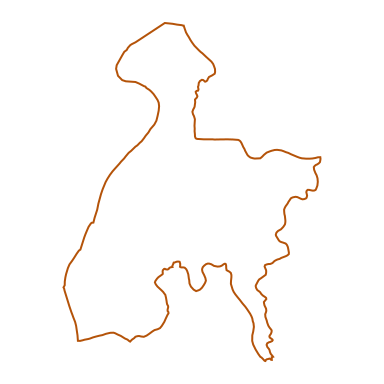 the district of Khsach Kandal, Kândal, Cambodia
{"feature_id": "14789045B32248598745823", "entity_name": "Khsach Kandal", "entity_type": "district", "adm_level": 2, "iso_a3": "KHM", "parent_name": "Cambodia", "parent_adm1": "Kândal", "projection": "albers", "projection_center": [105.061, 11.705], "detail": "fine", "context": "isolated", "style": "outline", "palette": "amber", "viewbox_px": 384, "rotation_deg": 0, "n_neighbors": 0, "source": "geoboundaries", "source_scale": "gbopen_adm2", "svg_char_len": 6015}
<svg xmlns="http://www.w3.org/2000/svg" viewBox="0 0 384 384"><path d="M164.8,23.0L135.5,42.3L131.9,44.1L130.3,45.1L127.9,47.8L126.7,50.0L124.3,51.8L122.3,55.2L116.7,65.2L116.1,68.9L118.0,75.8L122.2,80.1L125.8,81.3L128.6,81.5L135.5,82.0L139.2,83.6L144.1,86.2L145.4,86.6L146.4,88.0L149.4,89.9L151.2,91.5L153.6,94.1L155.4,96.7L157.5,99.9L158.7,102.7L159.1,106.2L158.7,110.6L157.6,115.9L156.4,120.7L154.3,124.6L150.4,129.1L148.4,132.5L145.7,135.7L144.0,138.2L141.6,141.3L139.8,142.8L137.7,145.0L136.5,146.0L135.6,146.5L131.1,150.9L128.7,152.8L125.6,156.5L124.1,158.5L121.1,161.6L119.4,163.7L114.9,168.7L112.6,171.3L109.9,174.9L107.6,178.5L105.6,182.1L102.6,189.4L101.0,194.1L98.4,203.6L97.2,209.7L94.6,217.8L93.4,222.6L91.6,222.8L90.7,223.7L88.6,226.8L86.7,231.2L85.5,234.1L84.3,237.3L80.4,249.6L78.9,250.6L76.7,253.7L74.2,257.7L72.2,260.7L69.5,264.4L67.9,268.1L66.1,274.1L65.4,277.3L64.8,281.4L64.7,285.3L63.5,287.4L64.1,288.5L64.6,290.8L65.1,292.4L69.4,306.3L71.4,312.2L72.4,314.8L73.4,317.6L75.1,321.9L76.1,325.8L76.7,329.9L77.5,335.3L77.9,340.8L80.0,340.9L82.6,340.3L84.6,339.7L88.3,339.0L89.8,338.6L93.0,337.4L95.8,336.6L99.4,335.7L102.4,335.1L106.0,333.8L110.3,332.8L113.6,332.7L115.3,333.3L117.6,334.5L120.8,335.9L125.1,338.6L127.5,339.6L129.0,340.9L130.1,341.6L131.9,339.7L134.2,338.1L135.4,336.8L136.2,336.5L137.8,336.1L139.1,336.0L141.2,336.5L143.8,336.8L146.6,335.6L149.1,333.9L152.3,331.5L154.5,330.1L157.7,329.2L160.0,328.1L161.8,325.9L164.3,321.9L165.8,318.5L167.5,314.9L168.5,313.3L168.4,312.1L167.6,311.0L167.6,309.6L168.2,307.1L168.1,306.1L167.8,305.4L167.2,304.5L166.8,302.8L166.6,301.2L166.0,297.7L165.3,294.8L164.5,293.8L163.6,292.6L163.3,292.1L161.4,290.2L160.2,289.1L157.5,286.6L155.8,284.4L154.9,282.4L155.4,281.0L157.0,278.7L158.4,277.2L162.6,274.2L162.8,273.2L162.6,271.7L162.8,270.3L164.0,269.0L164.8,268.8L166.0,269.4L167.7,269.5L168.7,268.9L169.4,267.9L170.6,267.3L172.5,267.0L172.3,266.4L172.4,265.7L173.1,264.4L173.3,263.6L173.7,262.6L174.4,262.6L175.6,262.1L176.7,261.7L177.3,261.6L178.8,261.6L179.6,261.8L180.2,263.6L180.2,265.6L180.0,266.8L181.1,267.4L183.4,267.4L184.7,267.7L186.3,269.3L187.2,271.1L188.3,274.4L188.9,278.9L189.2,279.9L189.5,283.5L190.9,286.6L193.6,289.6L196.1,291.1L198.5,290.3L200.0,289.6L202.0,287.7L203.9,284.9L205.1,282.8L205.9,280.7L205.4,278.1L204.1,275.0L202.5,271.9L202.1,269.9L202.1,269.1L202.7,267.3L204.0,265.8L206.0,264.2L207.7,263.6L209.1,263.6L211.4,264.3L214.0,265.9L217.6,266.6L219.9,266.4L221.7,265.7L223.7,264.2L224.9,263.7L225.6,263.9L226.1,265.2L226.2,266.9L226.2,268.0L226.6,270.2L229.4,271.7L230.8,272.9L231.4,275.0L231.4,277.2L231.0,281.0L230.9,283.9L232.6,289.5L233.7,291.9L235.3,294.3L237.5,297.1L239.9,300.0L242.4,303.3L245.3,306.7L247.1,309.2L250.1,313.7L251.5,316.4L252.3,318.5L252.8,321.3L253.5,323.2L253.9,326.9L253.2,331.6L252.3,335.3L252.2,340.9L253.2,344.6L255.6,349.5L258.4,354.1L260.4,356.9L261.4,357.4L262.8,358.8L264.6,360.8L265.4,361.0L265.8,360.0L266.8,359.3L268.2,359.0L269.4,358.6L270.1,358.9L271.1,359.8L271.8,359.9L271.8,358.4L271.7,357.3L273.1,356.8L272.5,356.0L270.7,353.8L269.9,351.8L269.6,350.3L268.9,348.9L267.4,347.1L266.6,344.9L267.2,343.3L268.9,342.3L270.4,341.9L272.2,341.0L272.7,340.1L272.3,339.4L269.7,337.5L269.4,336.3L269.7,335.5L270.9,333.8L271.5,332.2L271.7,330.8L271.4,329.9L269.4,327.4L268.3,325.6L267.2,322.6L266.7,320.5L265.4,316.9L265.2,314.2L265.9,312.4L266.3,310.9L266.1,308.7L264.5,305.4L264.0,303.1L263.9,302.0L266.3,299.1L266.1,297.9L265.2,297.1L262.8,295.5L261.2,293.9L260.2,292.3L258.9,291.2L258.0,290.6L257.1,289.8L256.1,287.9L255.7,286.2L255.8,285.4L258.2,280.8L259.2,279.4L260.9,278.3L265.7,274.8L266.1,273.1L266.2,271.5L266.1,270.2L264.6,266.6L265.0,265.2L265.8,264.8L267.1,264.3L268.7,264.0L270.1,264.0L271.7,263.4L272.5,263.0L273.3,262.2L274.5,261.0L276.1,260.1L277.4,259.5L279.6,258.9L281.3,257.9L285.8,256.2L287.5,255.3L288.8,254.1L288.9,252.7L288.2,248.7L287.8,246.9L287.1,245.3L286.6,244.5L285.6,243.5L282.8,242.5L281.4,242.1L280.4,241.7L279.6,241.2L278.8,240.3L276.0,235.7L275.8,234.7L276.4,232.7L277.1,231.9L278.1,230.9L281.0,229.3L283.2,227.0L284.5,225.1L285.0,224.2L285.3,222.5L285.4,221.0L285.3,219.7L284.9,216.0L284.4,214.0L284.2,211.8L284.1,209.6L284.8,207.8L285.6,206.3L286.7,204.8L287.7,203.4L288.5,201.8L289.7,200.1L290.6,198.7L291.3,198.0L293.0,197.3L295.6,196.8L297.4,197.1L298.9,197.8L300.7,198.7L302.5,199.3L304.2,199.1L305.8,198.5L306.6,197.7L307.1,195.6L306.3,192.1L306.7,190.8L307.6,189.9L309.2,189.9L312.4,190.6L314.0,190.6L315.5,190.0L316.2,188.8L317.4,185.5L317.8,181.8L317.5,178.3L316.6,175.3L315.4,173.0L314.1,169.7L313.8,167.1L314.7,165.9L315.8,165.0L317.2,164.4L318.7,163.4L319.9,162.2L320.2,160.9L320.5,158.9L320.3,157.2L317.9,157.3L315.3,158.0L312.3,158.5L309.3,158.7L306.5,158.7L301.8,158.3L299.5,157.7L297.1,156.8L290.9,154.2L288.3,152.9L286.0,152.2L283.6,151.2L281.3,150.4L277.6,149.9L276.1,149.9L274.5,150.0L273.1,150.4L271.8,150.7L270.0,151.3L266.7,152.6L265.1,153.9L263.9,154.9L262.2,156.7L260.3,158.3L256.1,158.5L254.2,158.5L252.4,158.1L250.4,157.5L248.9,156.4L247.9,155.5L247.3,154.7L245.1,150.7L244.5,149.1L243.2,146.9L242.6,145.5L241.5,143.1L240.5,141.5L239.8,140.8L238.9,140.2L238.2,139.9L232.9,139.5L226.5,139.3L223.8,139.4L221.1,139.4L216.1,139.5L214.1,139.5L212.3,139.3L203.3,139.3L198.6,139.0L197.8,139.0L196.3,138.7L195.6,138.1L195.0,136.6L194.9,134.1L194.6,131.2L194.7,128.7L194.5,125.8L194.9,119.2L194.0,116.2L193.0,114.2L192.4,111.8L193.2,109.5L194.2,107.7L194.6,106.7L195.2,102.3L195.0,99.5L195.6,98.9L196.9,97.5L197.4,96.2L196.9,94.9L196.0,93.2L195.7,91.8L196.6,90.9L198.1,90.6L198.5,89.3L198.3,88.4L198.0,86.9L198.5,85.5L198.8,82.9L200.0,81.0L201.9,79.8L203.3,80.1L205.1,81.7L206.0,81.4L207.2,80.5L207.9,78.8L209.0,77.0L212.3,75.3L214.7,73.7L215.1,72.0L215.0,69.0L214.0,66.1L213.1,63.9L211.4,61.6L206.5,57.2L202.4,53.3L200.7,52.0L199.1,50.5L194.4,45.7L192.0,42.4L190.5,40.1L188.7,36.9L187.4,34.9L186.0,32.4L184.6,28.4L183.7,25.6L182.7,25.6L182.0,25.2L177.0,24.6L172.6,23.8L164.8,23.0Z" fill="none" stroke="#b45309" stroke-width="2"/></svg>